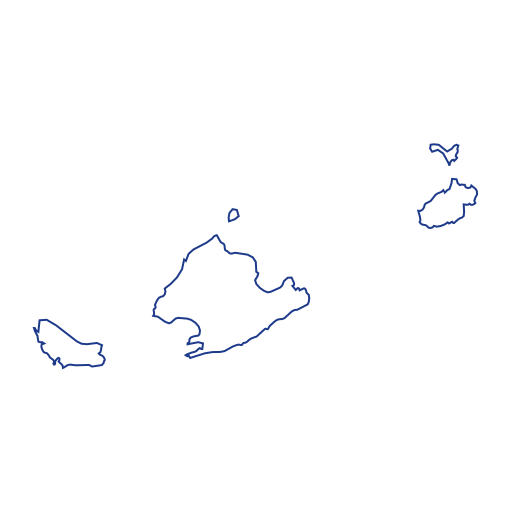 SVG path tracing the border of Baleares, rotated 185°
{"feature_id": "ESP-5808", "entity_name": "Baleares", "entity_type": "Autonomous Community", "adm_level": 1, "iso_a3": "ESP", "parent_name": "Spain", "parent_adm1": "", "projection": "orthographic", "projection_center": [2.709, 39.359], "detail": "fine", "context": "isolated", "style": "outline", "palette": "blue", "viewbox_px": 512, "rotation_deg": 185, "n_neighbors": 0, "source": "natural_earth", "source_scale": "10m", "svg_char_len": 4029}
<svg xmlns="http://www.w3.org/2000/svg" viewBox="0 0 512 512"><g transform="rotate(185 256 256)"><path d="M336.8,181.4L340.7,182.5L348.5,187.0L353.2,187.4L352.4,189.3L352.6,190.7L353.0,192.0L353.3,193.5L352.8,194.4L351.9,195.1L351.5,196.3L352.4,198.5L350.6,203.4L349.1,205.9L347.3,207.0L345.0,207.9L343.5,210.0L343.1,212.8L344.1,215.6L338.6,220.7L332.8,227.8L328.5,236.4L327.3,246.3L326.0,245.5L325.4,245.0L323.3,252.3L318.9,257.0L306.4,265.0L301.1,269.6L300.0,271.3L299.5,271.9L298.2,272.8L296.9,273.3L296.4,272.6L292.6,267.0L291.7,266.4L289.6,265.4L288.7,264.7L288.1,263.0L287.8,261.1L287.3,259.4L286.3,258.7L285.0,258.3L282.8,256.6L281.6,256.2L280.0,256.4L277.8,257.2L276.5,257.4L264.5,256.6L259.1,254.4L255.7,250.1L254.3,240.3L252.2,239.0L252.7,236.2L254.8,231.8L253.2,228.1L249.3,224.5L244.7,221.9L241.1,220.8L238.1,221.7L229.2,226.7L227.4,228.7L225.9,233.5L222.5,237.1L218.7,237.6L216.1,233.0L215.9,232.6L215.5,231.2L215.9,230.1L217.1,229.4L213.4,225.6L212.3,227.1L211.3,227.8L210.3,227.3L209.6,225.6L205.8,227.8L204.9,228.0L203.6,227.0L202.4,223.8L200.0,221.8L199.3,218.6L199.4,215.0L200.3,212.3L210.1,206.1L213.0,205.5L215.5,203.9L222.2,196.6L224.3,195.5L227.0,195.1L229.4,194.3L231.7,192.4L236.0,187.8L236.5,187.0L237.5,184.8L237.8,184.2L238.5,184.0L240.0,184.4L240.6,184.2L243.9,180.8L244.4,180.0L245.0,179.6L247.8,176.4L248.7,175.6L249.7,175.3L253.7,173.3L255.7,171.7L257.2,170.0L258.8,168.8L260.8,168.3L261.3,167.9L262.2,166.3L262.7,166.0L265.6,166.2L266.8,165.9L270.9,164.0L279.1,158.5L283.3,157.3L291.0,156.5L298.5,154.6L312.7,148.7L314.5,151.1L315.2,150.3L315.6,150.1L317.4,151.1L316.0,152.1L311.2,154.4L309.4,154.9L307.4,155.9L305.6,158.0L304.0,159.4L302.4,158.6L301.4,158.6L301.2,164.3L306.0,165.1L316.5,162.1L316.5,163.2L315.1,164.2L314.9,165.4L315.1,166.8L314.6,168.1L313.8,169.0L313.0,169.6L310.8,170.6L306.5,171.7L305.5,173.1L305.3,176.8L306.9,180.7L310.5,184.2L315.0,186.7L318.9,187.6L328.3,187.6L330.7,186.6L334.8,182.3L336.8,181.4ZM466.1,154.6L466.7,157.3L469.7,162.0L470.9,164.9L470.0,164.9L469.4,163.8L468.5,162.8L467.4,162.0L466.2,161.4L466.0,173.1L458.9,174.2L449.1,169.5L426.8,155.2L422.1,153.4L416.7,153.4L406.9,155.5L401.6,153.7L402.1,151.6L402.2,149.0L402.6,146.7L404.2,145.2L403.1,144.2L400.3,143.2L399.0,142.1L397.7,140.0L397.6,139.1L398.2,138.2L398.5,136.1L400.1,133.9L409.6,131.6L412.9,132.9L426.0,131.4L431.5,131.6L433.0,131.3L434.9,130.4L437.2,128.5L438.6,127.7L439.0,129.8L440.3,131.2L443.4,133.6L443.1,134.1L442.8,135.4L442.9,136.7L443.8,137.3L444.7,136.8L445.7,135.5L447.0,133.5L446.7,130.9L447.6,130.2L448.4,131.1L447.9,133.5L448.8,134.7L452.6,137.2L453.4,138.5L454.1,139.3L455.5,140.7L456.2,141.0L458.3,141.4L459.2,141.9L460.7,143.9L461.9,146.8L461.8,149.4L459.4,150.4L461.5,151.5L463.7,151.3L465.3,151.7L466.1,154.6ZM96.0,304.1L95.3,305.7L96.1,309.3L98.3,315.2L96.0,315.3L94.1,316.8L92.9,319.0L92.4,321.8L91.7,322.9L86.8,326.0L82.4,332.7L80.6,334.1L76.7,336.1L75.2,337.9L74.7,337.2L73.8,336.3L73.4,335.6L71.0,338.5L69.1,339.5L67.6,345.5L67.4,349.9L62.9,349.9L61.5,346.3L59.2,344.4L57.1,345.2L56.2,345.1L55.7,344.9L54.2,345.1L53.2,342.9L50.9,342.1L48.5,342.8L47.6,345.0L43.2,342.0L41.7,340.1L41.1,336.8L42.8,332.6L43.3,330.0L42.1,327.8L43.3,326.7L44.7,325.9L46.3,325.7L47.9,326.7L48.9,325.8L50.2,325.4L53.6,325.5L52.5,318.0L52.6,313.9L54.3,312.1L56.1,311.4L58.2,309.7L61.6,306.1L62.4,306.1L63.7,307.2L66.5,305.2L68.0,306.2L70.8,303.9L74.6,302.0L78.5,301.0L81.4,301.5L82.6,299.9L84.6,299.1L86.6,299.3L88.8,301.1L89.8,301.5L92.3,301.7L93.8,302.1L94.9,302.9L96.0,304.1ZM84.1,377.6L89.6,375.2L91.9,378.2L91.7,382.1L88.3,382.8L83.6,382.7L76.8,378.1L74.6,376.8L71.9,378.8L70.5,379.7L68.2,383.0L66.0,384.3L64.1,383.7L64.8,380.1L64.2,378.7L64.2,376.9L65.0,375.7L65.6,374.1L65.7,372.7L64.7,372.0L64.2,371.3L65.1,370.0L66.8,368.0L67.8,369.1L69.2,368.5L70.6,366.5L71.1,363.7L71.6,363.6L71.8,363.9L71.8,364.3L71.9,364.7L78.5,374.5L84.1,377.6ZM286.6,291.7L286.2,296.5L283.4,300.6L279.1,300.2L276.7,294.2L280.4,290.7L285.9,288.2L286.6,291.7Z" fill="none" stroke="#1e3a8a" stroke-width="2"/></g></svg>